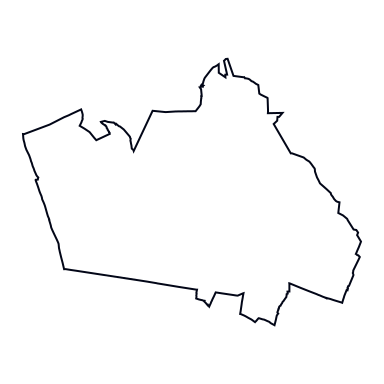 the district of Doctor Mora, Guanajuato, Mexico
{"feature_id": "50627088B4688802652397", "entity_name": "Doctor Mora", "entity_type": "district", "adm_level": 2, "iso_a3": "MEX", "parent_name": "Mexico", "parent_adm1": "Guanajuato", "projection": "equal_earth", "projection_center": [-100.35, 21.147], "detail": "fine", "context": "isolated", "style": "outline", "palette": "ink", "viewbox_px": 384, "rotation_deg": 0, "n_neighbors": 0, "source": "geoboundaries", "source_scale": "gbopen_adm2", "svg_char_len": 5796}
<svg xmlns="http://www.w3.org/2000/svg" viewBox="0 0 384 384"><path d="M287.7,293.6L287.5,291.6L289.4,291.5L289.4,284.9L289.5,284.5L289.4,284.3L289.4,284.0L289.3,283.6L289.3,283.3L290.0,283.5L296.8,286.3L301.2,288.1L309.8,291.5L315.8,293.8L317.5,294.5L318.5,295.0L319.3,295.2L323.0,296.8L324.2,297.2L324.5,297.4L325.3,297.7L325.7,297.9L326.3,298.2L326.3,297.9L327.6,298.3L328.9,298.6L330.4,299.0L333.0,299.9L334.6,300.4L341.2,302.4L342.2,302.8L342.9,300.5L343.2,299.5L343.5,298.6L343.9,297.4L344.3,295.9L346.6,290.1L347.5,290.3L348.0,288.2L347.9,288.1L347.5,287.9L348.2,286.1L349.0,285.9L353.3,275.5L353.4,275.3L353.4,274.6L353.2,274.0L352.8,273.0L353.0,272.7L353.1,272.3L353.3,270.4L358.4,260.0L359.8,257.0L359.4,256.5L358.8,255.9L358.3,255.3L357.9,255.3L357.3,255.1L357.0,254.9L356.5,254.4L356.4,254.1L355.9,253.9L356.5,252.6L357.0,251.3L358.9,247.0L361.0,241.6L357.1,235.1L358.1,232.6L356.3,230.0L353.6,229.5L347.8,220.3L347.5,219.7L347.4,219.3L347.1,218.8L343.0,215.4L338.3,213.0L339.5,202.3L338.2,202.0L337.1,201.7L336.5,201.3L335.8,200.9L335.3,200.3L334.1,199.0L332.7,196.6L331.9,195.7L331.4,195.0L331.0,194.2L330.9,193.8L330.8,193.1L326.6,189.2L320.0,183.4L319.5,182.3L318.6,180.4L317.0,177.4L315.0,171.6L314.8,169.0L314.5,168.3L313.6,167.2L311.3,164.0L309.8,162.1L309.2,161.5L306.4,159.8L303.7,157.5L291.9,153.3L290.8,153.4L273.7,124.0L277.2,120.7L277.5,116.9L279.1,116.9L282.5,112.9L267.9,113.2L268.0,111.8L268.0,109.6L267.6,98.2L267.5,97.9L266.7,97.5L264.6,96.5L260.8,94.6L259.3,93.6L258.3,85.0L255.9,83.8L254.2,82.5L253.4,82.0L252.7,81.5L252.1,81.4L251.2,80.9L250.4,80.1L250.0,79.8L249.5,79.4L249.1,79.2L248.6,78.9L247.4,78.6L245.3,78.2L245.1,78.3L244.2,77.2L244.0,77.3L233.5,75.9L227.6,58.8L225.8,59.0L225.6,59.2L224.5,60.4L224.0,60.8L227.1,74.6L226.3,74.6L225.3,74.7L225.4,77.3L218.8,72.8L218.7,64.2L218.0,64.7L217.0,65.5L215.9,66.1L214.6,66.8L213.6,67.1L212.7,67.8L211.3,69.4L209.8,71.3L204.9,77.7L204.4,78.6L203.8,80.3L203.5,81.2L203.2,82.3L203.1,83.0L202.0,84.5L202.7,84.9L203.4,85.4L203.2,85.5L203.0,86.1L202.8,86.7L202.3,86.4L201.7,85.9L201.2,85.3L200.7,86.1L200.7,87.3L199.8,87.4L201.1,89.3L201.2,90.5L201.6,94.5L201.7,96.1L201.2,96.2L201.4,98.0L201.1,98.8L201.1,99.5L200.9,101.1L200.7,104.3L199.3,106.5L195.6,111.2L186.6,111.3L180.8,111.4L178.6,111.4L175.2,111.5L165.6,112.1L152.6,110.8L133.7,151.0L133.4,150.0L131.8,148.6L131.5,146.2L131.5,145.8L131.0,143.5L130.6,141.1L130.4,140.8L130.7,138.7L130.2,137.9L130.0,137.3L129.9,136.7L123.8,129.5L120.0,126.5L118.9,126.2L116.1,123.8L115.7,124.5L113.7,122.5L113.0,122.6L107.8,121.9L104.8,120.9L100.9,121.9L101.1,122.3L101.6,122.8L102.7,123.8L104.0,124.6L104.5,125.0L104.8,125.3L105.4,125.5L105.5,125.4L105.6,125.5L105.6,125.9L105.7,126.0L106.0,126.1L106.3,126.4L106.4,126.7L106.5,126.9L106.6,127.2L106.6,127.8L106.7,128.0L107.1,128.3L107.2,128.5L107.3,128.7L107.3,128.8L107.4,129.0L107.5,129.2L107.6,129.7L107.7,129.9L107.9,130.0L108.0,130.2L108.1,130.5L108.5,131.1L108.8,131.4L108.9,131.5L109.0,131.6L109.0,131.9L109.0,132.3L109.3,132.5L109.6,132.7L109.7,133.0L109.7,133.4L109.7,134.0L109.3,134.1L96.3,140.2L94.2,137.8L89.6,132.1L84.4,128.6L79.7,125.8L81.4,122.4L81.8,121.1L82.3,120.1L82.6,119.3L82.7,118.8L82.7,118.6L82.5,118.3L82.5,117.7L82.5,117.3L82.6,116.7L82.7,115.8L82.7,114.6L82.2,112.6L81.7,111.0L81.1,109.4L79.7,110.1L71.1,114.1L68.7,115.3L64.1,117.2L49.6,124.6L24.2,134.1L23.0,134.0L23.2,136.5L23.3,138.1L23.6,140.0L24.0,141.4L24.4,142.8L25.1,146.2L26.4,149.8L29.1,155.2L29.9,157.4L30.5,159.1L31.1,161.4L31.7,162.7L32.3,164.8L32.6,165.9L32.9,166.7L33.5,168.0L34.1,169.6L34.4,170.7L36.5,175.4L37.4,176.6L38.3,177.5L38.1,178.1L37.9,179.0L37.8,179.6L35.9,179.8L35.7,179.8L35.6,180.0L35.8,180.7L36.3,182.1L36.6,182.9L36.8,183.3L38.3,187.6L39.4,191.1L40.0,192.7L40.9,194.8L41.4,195.9L42.0,198.0L42.1,199.0L42.6,200.3L43.2,201.5L44.0,203.4L44.8,205.5L45.4,207.5L47.2,213.9L47.9,216.2L49.0,218.7L49.3,219.8L49.1,219.9L49.5,221.2L50.3,223.8L50.8,225.5L51.1,227.1L51.4,228.0L52.3,230.1L54.6,235.0L56.9,239.8L58.1,242.5L58.6,243.9L59.0,248.1L59.5,250.3L59.8,251.8L61.2,257.5L62.6,262.8L64.1,269.2L65.5,269.1L71.1,270.0L75.9,270.7L140.0,280.5L147.1,281.6L156.6,283.2L157.3,283.4L161.1,284.0L178.7,286.9L196.7,289.7L197.0,289.7L196.4,292.6L196.4,292.9L196.4,293.1L196.6,293.3L196.5,294.5L196.3,295.5L196.5,296.6L196.2,298.5L198.8,299.4L200.8,299.9L201.3,300.0L202.3,300.2L202.7,300.4L203.5,300.6L204.1,300.7L203.8,301.0L205.6,302.8L207.7,305.3L208.0,304.9L209.2,306.6L210.2,304.4L210.7,303.4L211.0,302.5L211.3,301.8L212.0,300.5L212.1,300.1L212.8,298.6L213.9,296.4L215.7,292.4L221.5,293.3L232.4,294.9L236.3,295.5L237.5,295.6L237.8,295.6L238.0,295.5L240.3,294.5L241.7,293.9L242.9,293.4L243.5,293.2L242.9,296.4L242.7,297.8L241.9,302.1L241.6,304.5L240.6,311.4L240.2,313.6L240.2,314.0L240.6,314.0L244.3,315.6L246.2,316.6L248.4,317.9L250.7,319.1L251.4,319.5L252.3,320.1L253.6,321.1L255.0,322.1L255.2,321.8L255.3,321.7L255.5,321.5L255.8,321.4L256.0,321.2L256.5,320.6L258.2,318.6L258.4,318.4L258.6,318.3L258.8,318.2L259.0,318.3L259.5,318.4L261.2,318.9L262.1,319.2L262.9,319.4L264.1,319.6L265.5,320.2L267.2,321.0L268.7,321.6L269.5,322.0L270.4,322.9L271.0,323.3L272.1,323.9L274.5,325.2L275.4,321.7L275.9,319.7L276.3,317.7L276.8,315.5L277.2,314.9L277.5,314.6L277.7,314.0L277.9,313.8L278.2,313.6L277.4,312.4L277.7,311.3L277.9,311.0L278.2,310.3L278.6,309.2L278.4,309.2L278.5,308.9L278.5,308.6L279.0,307.7L279.0,307.3L279.2,306.8L279.3,306.6L279.5,306.5L279.5,306.4L280.4,305.6L280.6,305.6L281.1,304.5L281.4,304.1L281.6,303.8L282.0,303.3L282.4,302.4L282.6,301.9L283.5,301.0L283.8,300.7L283.9,300.4L284.1,300.1L284.5,299.6L285.0,298.8L285.4,298.3L285.6,298.0L286.1,297.3L286.3,297.1L286.4,296.2L286.5,295.9L286.6,295.4L286.7,294.8L286.6,294.5L286.6,294.2L287.1,293.9L287.4,293.7L287.7,293.6Z" fill="none" stroke="#020617" stroke-width="2"/></svg>